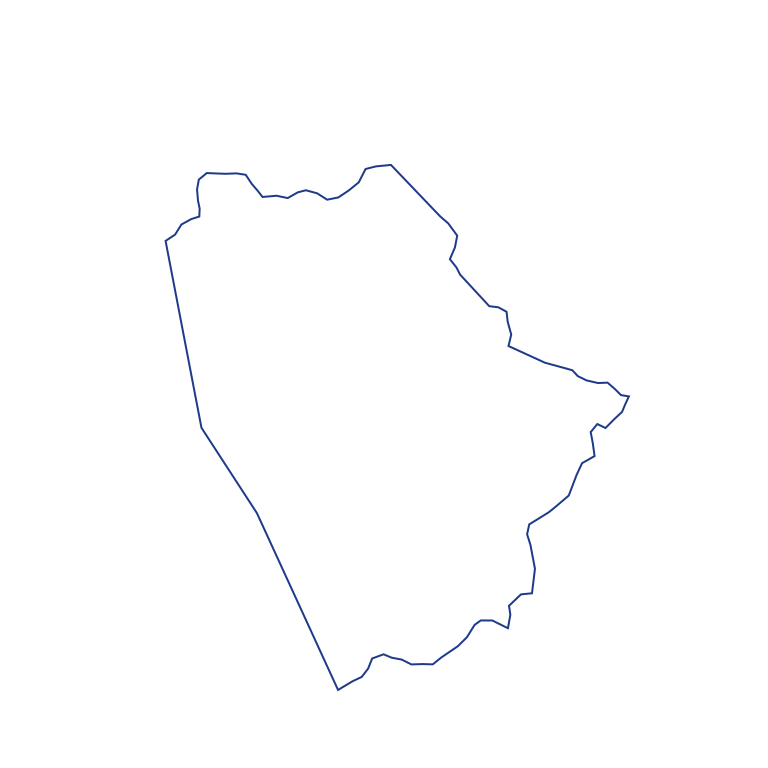 outline of Ibateguara, Alagoas, Brazil, rotated 148°
{"feature_id": "56859067B78855757359523", "entity_name": "Ibateguara", "entity_type": "district", "adm_level": 2, "iso_a3": "BRA", "parent_name": "Brazil", "parent_adm1": "Alagoas", "projection": "orthographic", "projection_center": [-35.915, -8.961], "detail": "fine", "context": "isolated", "style": "outline", "palette": "blue", "viewbox_px": 768, "rotation_deg": 148, "n_neighbors": 0, "source": "geoboundaries", "source_scale": "gbopen_adm2", "svg_char_len": 1306}
<svg xmlns="http://www.w3.org/2000/svg" viewBox="0 0 768 768"><g transform="rotate(148 384 384)"><path d="M539.5,157.5L527.6,155.0L522.5,147.8L515.0,140.9L509.4,131.7L499.8,126.1L491.2,120.4L480.4,121.7L467.7,122.2L460.3,122.5L447.9,125.3L434.8,131.7L427.3,132.2L417.5,126.1L408.3,111.2L399.1,121.4L395.5,129.7L379.3,133.0L369.4,128.1L353.9,147.3L345.1,169.9L342.3,180.7L335.2,188.0L312.4,187.9L304.8,188.8L286.4,191.5L268.9,204.8L258.0,211.9L243.6,211.3L238.2,223.4L234.2,233.7L224.3,237.0L219.5,229.3L207.6,232.1L196.9,234.2L190.1,239.0L182.9,243.7L188.9,249.0L190.9,257.5L193.7,266.7L202.0,271.4L210.4,279.8L215.5,288.0L217.0,295.9L236.2,316.7L258.3,350.2L249.9,358.5L246.1,371.3L241.8,380.3L246.4,388.5L253.5,394.2L261.5,436.4L260.8,444.4L262.0,454.9L251.5,462.2L243.3,471.0L244.4,486.1L247.6,496.6L262.0,566.1L275.5,572.8L285.7,576.1L298.5,568.4L311.5,566.8L323.8,566.4L334.5,570.4L339.7,581.2L347.6,589.7L355.5,592.2L367.1,592.7L375.4,600.6L387.9,607.0L388.7,614.6L390.1,623.9L390.4,634.7L397.5,640.8L407.1,646.3L414.9,651.6L422.5,656.8L432.7,655.5L439.5,648.0L444.6,638.0L447.4,630.4L451.9,623.9L460.1,626.0L471.3,626.6L482.0,621.4L493.4,621.1L562.0,443.6L560.5,358.5L560.2,341.8L585.1,148.9L568.4,148.6L558.1,147.4L548.2,151.1L539.5,157.5Z" fill="none" stroke="#1e3a8a" stroke-width="2"/></g></svg>